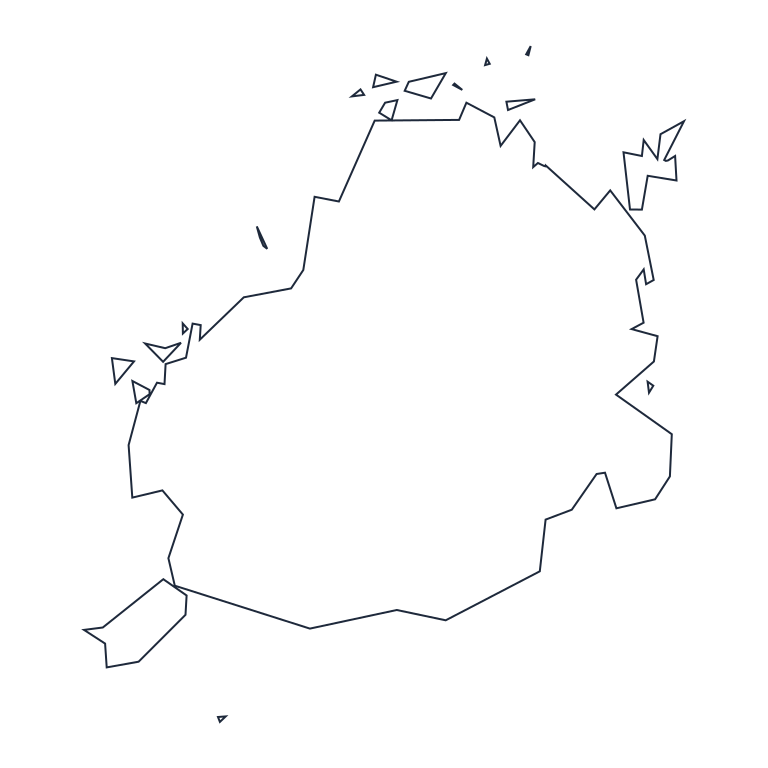 outline of Bohol, Bohol, Philippines
{"feature_id": "2640588B19040020708567", "entity_name": "Bohol", "entity_type": "district", "adm_level": 2, "iso_a3": "PHL", "parent_name": "Philippines", "parent_adm1": "Bohol", "projection": "equal_earth", "projection_center": [124.147, 9.869], "detail": "medium", "context": "isolated", "style": "outline", "palette": "slate", "viewbox_px": 768, "rotation_deg": 0, "n_neighbors": 0, "source": "geoboundaries", "source_scale": "gbopen_adm2", "svg_char_len": 1892}
<svg xmlns="http://www.w3.org/2000/svg" viewBox="0 0 768 768"><path d="M594.4,209.4L546.1,165.8L545.9,165.8L545.6,165.5L545.4,166.3L544.1,166.0L537.9,163.0L533.2,167.1L534.7,142.1L520.0,120.3L500.6,145.9L494.3,117.4L466.4,102.7L459.1,119.9L374.7,120.6L338.9,201.5L314.6,196.8L303.3,270.0L291.1,288.4L243.8,297.3L199.8,339.7L200.7,325.1L192.6,323.6L186.0,357.7L165.6,364.1L164.5,384.1L157.0,382.7L145.9,403.1L140.4,400.9L128.6,445.1L132.3,497.6L162.4,490.4L182.9,514.6L168.4,558.2L174.8,585.7L309.9,628.6L396.7,610.0L445.7,620.3L539.8,571.3L545.6,519.6L571.8,509.7L596.6,474.0L605.0,472.7L616.4,508.3L655.1,499.3L669.9,476.4L671.8,434.2L616.0,394.6L653.9,361.5L657.6,336.2L631.6,329.1L643.6,322.7L636.1,279.7L643.7,269.4L646.1,284.2L653.7,280.0L644.8,235.6L610.2,190.4L594.4,209.4ZM163.3,579.2L102.8,627.5L84.0,629.9L105.1,643.6L106.7,667.4L138.6,661.7L185.5,614.8L186.6,595.5L163.3,579.2ZM684.0,121.2L660.5,134.2L657.4,159.1L643.7,140.0L641.9,156.0L623.5,152.3L630.0,209.5L641.9,209.6L647.7,175.8L676.5,180.5L675.1,156.0L667.9,160.5L665.8,160.9L664.2,160.0L684.0,121.2ZM445.8,73.1L408.8,81.8L404.7,90.8L431.0,98.5L445.8,73.1ZM134.0,361.4L111.9,358.1L115.3,383.9L134.0,361.4ZM145.1,343.5L163.1,361.8L181.0,342.8L165.2,348.2L145.1,343.5ZM132.4,381.0L136.3,403.2L149.6,394.2L149.5,390.0L132.4,381.0ZM535.2,99.3L506.4,101.7L508.0,110.0L535.2,99.3ZM396.6,81.7L375.9,74.7L373.1,87.2L396.6,81.7ZM397.4,100.1L385.1,102.7L379.2,112.7L391.6,120.3L397.4,100.1ZM225.7,716.4L218.0,717.0L219.9,721.9L225.7,716.4ZM653.3,385.7L647.6,381.7L649.0,392.7L653.3,385.7ZM360.5,89.4L351.9,96.4L364.1,94.9L360.5,89.4ZM462.3,89.9L454.5,83.6L453.2,85.0L462.3,89.9ZM489.7,63.8L486.9,58.6L485.1,65.1L489.7,63.8ZM267.2,248.8L256.8,226.4L259.9,237.6L263.4,245.9L267.2,248.8ZM530.7,46.1L526.2,54.3L528.4,55.2L530.7,46.1ZM187.7,329.0L182.7,323.4L182.9,333.5L187.7,329.0Z" fill="none" stroke="#1e293b" stroke-width="2"/></svg>